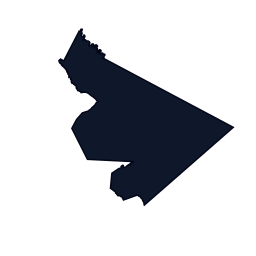 outline of North Fly District, Western, Papua New Guinea, rotated 118°
{"feature_id": "67681753B60857978351937", "entity_name": "North Fly District", "entity_type": "district", "adm_level": 2, "iso_a3": "PNG", "parent_name": "Papua New Guinea", "parent_adm1": "Western", "projection": "robinson", "projection_center": [141.24, -5.829], "detail": "fine", "context": "isolated", "style": "filled", "palette": "ink", "viewbox_px": 256, "rotation_deg": 118, "n_neighbors": 0, "source": "geoboundaries", "source_scale": "gbopen_adm2", "svg_char_len": 5567}
<svg xmlns="http://www.w3.org/2000/svg" viewBox="0 0 256 256"><g transform="rotate(118 128 128)"><path d="M188.4,77.4L78.0,35.4L78.0,182.7L77.9,182.6L77.4,182.3L77.1,182.3L76.7,182.5L76.1,182.8L75.9,182.9L75.7,182.9L75.3,182.7L74.8,182.6L74.7,182.6L74.3,182.7L74.1,182.8L73.9,183.1L73.9,183.5L74.0,183.9L74.3,184.3L74.5,184.6L74.5,184.9L74.4,185.1L74.0,185.3L73.8,185.5L73.8,185.8L74.1,186.4L74.4,186.7L74.7,186.9L75.0,187.0L75.3,187.0L75.6,187.2L75.6,187.4L75.5,187.5L75.3,187.6L75.1,187.7L74.9,187.9L74.6,188.1L74.3,188.3L74.0,188.3L73.2,188.0L72.9,187.9L72.6,187.9L72.4,188.1L72.2,188.3L72.0,189.1L72.1,189.4L72.1,189.6L72.3,189.9L72.4,190.1L72.7,190.2L73.1,190.2L73.4,190.1L73.7,189.9L73.9,189.8L74.4,189.6L75.5,189.6L75.8,189.8L75.9,190.0L76.0,190.3L75.9,190.4L75.7,190.6L75.2,190.7L74.3,191.0L74.0,191.2L73.7,191.5L73.2,192.1L72.5,192.2L72.3,192.3L72.2,192.6L72.2,192.8L72.3,193.1L72.5,193.2L73.0,193.2L73.2,193.3L73.4,193.6L73.5,194.0L73.5,194.3L73.4,194.7L73.3,194.9L73.1,195.1L72.9,195.2L72.6,195.2L72.3,195.0L72.1,194.9L71.8,194.5L71.4,193.7L71.2,193.5L71.0,193.3L70.8,193.2L70.5,193.2L70.3,193.2L70.0,193.4L69.8,193.7L69.6,194.0L69.5,194.5L69.5,194.8L69.5,195.1L69.7,195.4L69.8,195.5L70.0,195.7L70.6,196.0L71.3,196.1L71.6,196.3L71.6,196.5L71.6,196.9L71.4,197.1L71.2,197.2L70.8,197.4L70.5,197.6L70.4,197.7L70.2,198.0L70.2,198.3L70.3,198.7L70.8,199.2L71.0,199.3L71.8,199.3L72.3,199.1L72.6,198.8L73.0,198.1L73.2,197.4L73.3,197.4L73.5,197.4L73.4,197.6L72.7,198.7L72.6,198.9L72.5,199.3L72.5,199.8L72.7,200.1L72.9,200.3L73.1,200.4L73.7,200.6L73.9,200.8L74.0,200.9L73.8,201.1L73.4,201.2L73.2,201.4L73.0,201.5L71.2,201.5L70.8,201.7L70.4,201.9L70.3,202.1L70.0,202.6L69.9,203.5L69.9,203.8L70.4,205.0L70.5,205.7L70.5,206.0L70.3,206.5L70.2,206.7L70.2,207.1L70.3,207.3L70.3,207.6L70.2,207.8L70.2,208.0L70.3,208.1L70.5,208.4L71.2,208.7L71.4,208.8L71.5,208.9L71.4,209.1L71.3,209.3L71.0,209.4L70.9,209.4L70.5,209.2L69.8,208.9L69.5,208.9L69.3,208.9L68.8,209.0L68.2,208.9L67.6,209.0L67.4,209.0L67.0,209.3L66.8,209.5L66.7,209.8L66.6,210.0L66.6,210.5L66.8,210.7L66.9,210.8L67.1,210.9L67.3,210.9L67.5,210.8L67.9,210.5L68.2,210.3L68.5,210.2L68.8,210.3L68.9,210.5L69.0,210.7L69.1,211.1L69.0,211.7L68.9,212.1L68.8,212.3L68.3,212.8L67.8,213.1L67.5,213.5L67.4,214.0L67.2,214.0L67.1,213.9L67.1,213.4L66.8,212.9L66.7,212.8L66.4,212.8L66.1,212.9L65.9,213.1L65.3,213.7L64.4,214.4L64.0,214.5L63.6,214.5L62.8,214.5L62.5,214.6L62.3,214.8L62.3,215.0L62.5,215.4L62.7,215.6L62.9,215.7L63.1,215.9L63.3,215.9L63.6,215.9L64.0,215.8L64.5,215.8L64.8,215.6L65.0,215.6L65.3,215.9L65.5,216.2L65.5,216.6L98.8,216.2L99.2,216.9L98.8,218.0L98.8,218.3L99.0,218.4L99.1,218.7L99.0,218.9L98.8,219.4L98.8,219.5L98.8,219.8L99.6,219.8L99.8,220.0L99.8,220.3L100.0,220.4L100.3,220.3L100.5,220.5L100.8,220.6L101.0,220.6L101.2,220.3L101.5,220.2L101.9,219.8L102.3,219.1L102.6,218.6L102.8,218.2L102.7,217.3L102.8,217.0L103.0,216.8L102.8,216.5L102.8,216.3L103.3,215.7L103.3,215.2L103.5,215.1L103.8,215.5L103.9,215.2L104.2,214.4L104.1,213.8L104.0,213.4L104.0,213.0L104.6,212.9L104.7,212.6L104.7,212.4L104.8,212.0L104.6,211.8L104.7,211.6L104.9,211.6L105.0,211.3L104.7,211.1L104.7,210.4L104.7,210.2L104.9,210.6L105.1,210.5L105.6,210.3L105.7,209.9L106.0,209.2L105.7,209.1L105.9,208.8L106.4,208.7L106.6,208.7L107.1,208.3L106.6,207.8L106.8,207.3L107.1,207.3L108.3,206.6L108.2,206.0L108.7,205.9L108.7,205.6L109.0,205.2L108.9,204.9L109.2,204.6L109.6,204.5L110.0,204.6L110.2,204.4L110.3,204.1L110.8,204.0L111.1,203.9L111.0,203.6L110.7,203.4L110.6,202.8L110.8,202.4L110.9,202.1L111.3,201.8L111.8,201.6L112.1,201.3L112.1,201.1L111.9,200.8L112.3,200.5L112.6,200.3L112.8,200.1L113.0,199.9L113.3,200.0L113.3,200.4L113.4,200.1L113.8,199.7L114.1,199.3L114.5,199.2L114.7,198.7L114.5,198.0L114.6,197.9L114.6,197.5L114.5,197.2L114.6,196.9L114.9,196.4L114.9,196.1L114.5,195.8L114.9,195.4L114.9,195.2L115.0,194.9L115.2,194.7L114.8,194.1L115.1,193.9L115.1,193.6L115.4,193.3L115.6,193.3L116.0,193.1L116.2,192.7L116.5,192.5L116.9,192.5L117.1,192.3L117.4,191.8L117.3,191.5L117.5,191.3L117.9,190.9L118.0,190.4L118.5,190.0L118.2,189.6L118.3,188.5L118.3,187.5L118.0,187.1L118.1,186.8L118.0,186.6L118.4,186.5L118.7,186.2L118.3,185.8L118.2,185.6L118.2,185.4L118.3,185.3L118.1,185.1L117.9,184.9L117.6,184.4L117.2,183.9L116.4,182.4L116.1,181.1L116.0,180.2L116.0,179.1L116.2,178.3L116.7,175.8L116.8,174.6L116.8,173.9L117.1,172.7L117.3,171.5L117.6,170.1L118.5,168.5L118.9,166.6L119.7,167.2L120.2,167.6L120.7,167.9L121.3,167.9L123.1,168.0L124.1,168.3L124.8,168.6L126.1,169.0L126.7,169.3L127.4,169.5L128.9,169.7L129.7,170.2L130.3,170.6L130.8,170.7L131.5,170.9L136.1,175.4L144.6,177.4L154.7,177.4L174.7,149.1L155.2,107.6L155.9,107.6L156.3,107.5L156.6,108.2L157.3,109.0L158.1,109.2L158.8,108.5L159.2,108.4L159.6,109.0L159.5,109.4L159.3,109.7L160.3,110.3L162.0,111.2L162.8,111.5L163.5,111.6L164.2,112.3L164.6,112.7L164.8,113.2L164.4,113.6L164.2,114.3L163.7,114.2L163.3,114.6L163.3,115.1L163.7,115.3L164.2,115.7L165.3,116.0L165.6,115.9L166.2,115.4L166.7,115.5L167.1,115.9L167.7,116.6L168.2,117.1L175.5,121.0L189.4,115.2L190.4,108.9L191.3,108.3L191.5,107.0L191.9,106.5L192.4,105.4L192.5,104.9L192.0,104.6L191.8,104.1L191.7,103.5L191.9,102.4L191.8,101.7L191.5,101.2L193.7,98.2L182.8,88.3L182.6,88.1L182.8,87.7L183.0,87.2L183.1,86.3L183.0,86.0L183.0,85.4L183.1,84.7L183.2,84.4L183.3,84.1L183.7,83.6L183.8,83.4L183.9,83.0L183.9,82.5L184.0,82.2L184.5,81.6L184.7,81.3L185.3,80.9L185.3,80.7L185.5,80.5L185.5,80.1L185.5,79.8L185.6,79.7L186.1,79.4L186.4,79.1L186.8,78.6L187.5,78.2L188.0,77.8L188.4,77.4Z" fill="#0f172a" stroke="#020617" stroke-width="1.5"/></g></svg>